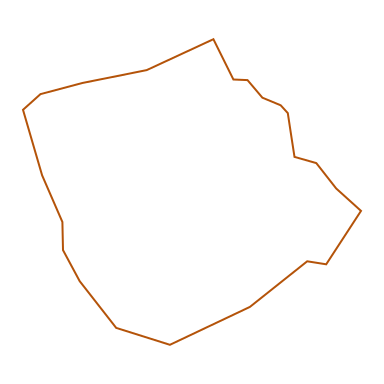 Kikwit, Bandundu, Democratic Republic of the Congo (Albers equal-area conic projection)
{"feature_id": "63176286B32367911689095", "entity_name": "Kikwit", "entity_type": "district", "adm_level": 2, "iso_a3": "COD", "parent_name": "Democratic Republic of the Congo", "parent_adm1": "Bandundu", "projection": "albers", "projection_center": [18.807, -5.057], "detail": "fine", "context": "isolated", "style": "outline", "palette": "amber", "viewbox_px": 384, "rotation_deg": 0, "n_neighbors": 0, "source": "geoboundaries", "source_scale": "gbopen_adm2", "svg_char_len": 424}
<svg xmlns="http://www.w3.org/2000/svg" viewBox="0 0 384 384"><path d="M116.2,327.9L169.9,344.8L249.9,306.9L307.2,261.3L326.2,264.3L361.0,210.9L336.2,188.5L316.3,163.1L294.5,156.9L290.8,132.9L287.8,113.1L280.7,105.3L262.4,97.7L247.5,80.1L233.4,79.5L213.4,39.2L146.7,70.1L82.3,83.0L40.5,94.1L23.0,109.8L42.1,175.3L62.4,222.0L62.7,236.3L63.0,250.1L79.7,281.2L116.2,327.9Z" fill="none" stroke="#b45309" stroke-width="2"/></svg>